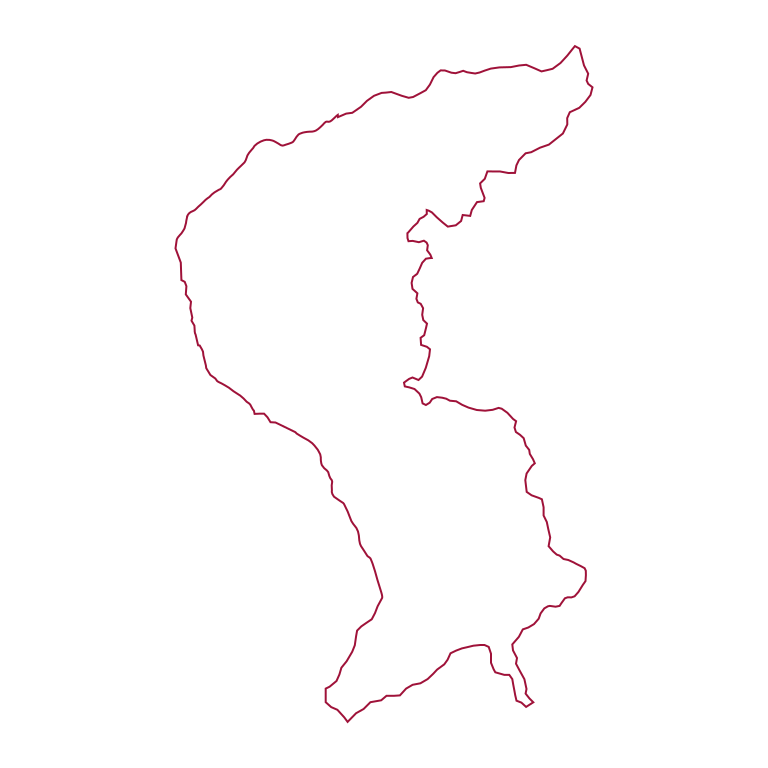 outline of Laukkaing, Shan, Myanmar
{"feature_id": "60261553B25476839208576", "entity_name": "Laukkaing", "entity_type": "district", "adm_level": 2, "iso_a3": "MMR", "parent_name": "Myanmar", "parent_adm1": "Shan", "projection": "robinson", "projection_center": [98.649, 23.808], "detail": "fine", "context": "isolated", "style": "outline", "palette": "rose", "viewbox_px": 768, "rotation_deg": 0, "n_neighbors": 0, "source": "geoboundaries", "source_scale": "gbopen_adm2", "svg_char_len": 5808}
<svg xmlns="http://www.w3.org/2000/svg" viewBox="0 0 768 768"><path d="M332.4,494.1L334.0,496.7L340.0,500.9L343.2,503.0L343.7,503.6L344.0,504.0L347.7,511.6L349.2,515.5L351.4,521.1L353.2,523.9L356.4,528.0L358.0,531.5L358.8,535.2L358.9,535.9L359.3,540.4L360.0,543.8L361.0,546.1L364.3,551.1L366.7,554.9L367.5,556.1L368.3,556.7L369.5,557.5L370.5,558.5L371.8,561.6L372.6,563.7L375.0,571.2L377.4,579.8L380.2,588.8L381.3,592.4L381.9,594.6L382.2,596.3L382.2,597.8L377.6,606.3L375.0,613.1L371.8,619.2L366.2,623.0L361.3,626.4L357.1,630.6L356.1,636.2L354.8,645.3L352.2,651.8L346.6,661.3L341.4,667.7L339.4,674.5L336.5,681.0L329.6,686.7L325.7,688.6L325.7,696.9L325.7,702.2L331.2,707.1L337.4,709.8L344.3,717.4L347.6,721.9L356.1,713.2L363.6,709.0L370.4,702.2L381.2,700.3L386.5,695.8L394.0,695.8L399.9,695.4L406.1,688.6L412.6,684.8L420.4,683.3L427.6,679.1L433.2,673.8L437.1,669.6L444.3,664.3L447.6,659.7L450.5,653.3L456.1,650.6L461.9,648.4L467.1,647.2L473.4,645.7L480.2,645.0L484.5,645.0L488.7,646.9L491.0,653.7L491.0,662.8L493.6,669.2L495.3,672.3L504.4,674.9L509.3,674.9L512.3,679.1L513.2,684.4L514.5,691.2L515.2,695.1L516.5,700.7L521.4,702.6L526.1,706.9L533.3,702.3L529.4,698.4L525.6,693.6L526.5,689.0L524.4,679.2L519.6,670.5L516.0,663.7L517.0,658.0L513.0,650.4L512.3,644.4L518.9,636.8L522.8,629.4L528.3,627.5L534.0,624.1L538.7,618.7L540.6,613.4L544.3,608.4L547.9,606.3L549.8,605.9L555.6,606.7L559.6,605.9L561.3,603.3L564.9,598.3L567.7,597.3L571.4,597.4L574.6,596.3L578.4,592.0L582.9,584.8L585.5,581.1L585.9,575.1L585.8,570.7L584.6,568.2L580.8,566.1L576.1,563.8L573.6,562.4L568.3,560.0L563.5,559.0L559.6,555.6L556.7,554.6L553.1,551.4L548.6,546.2L550.2,537.4L548.3,529.2L546.8,522.0L543.6,515.5L543.6,507.3L541.9,499.3L538.8,497.9L531.6,495.3L526.7,491.9L525.3,480.1L526.6,473.5L531.8,465.9L534.8,463.3L533.0,459.2L529.8,453.9L529.2,449.9L525.8,445.6L523.7,438.2L520.0,434.8L515.9,432.0L514.5,427.5L516.1,421.2L513.0,418.9L507.4,412.8L501.7,408.7L498.6,407.9L492.7,409.8L485.2,410.7L476.8,410.0L468.5,407.6L462.1,404.8L456.2,401.3L449.9,400.7L446.2,398.7L442.1,397.7L436.9,397.1L432.2,399.0L429.7,402.7L425.9,405.0L422.6,403.4L421.2,397.2L419.4,393.6L414.5,389.0L409.3,387.4L404.8,386.4L404.0,382.6L409.1,378.9L412.5,377.5L418.5,380.0L422.1,376.6L425.8,367.8L429.2,356.2L430.0,349.3L426.9,346.8L421.1,344.9L420.6,337.8L424.2,335.2L426.0,328.0L427.0,323.6L423.3,320.1L422.2,314.8L423.1,308.2L420.7,303.8L417.8,302.4L416.4,298.8L417.4,293.3L412.5,288.9L411.6,282.9L413.0,277.0L417.2,273.8L419.8,268.3L422.2,262.8L425.9,258.7L429.8,258.1L431.7,258.0L430.3,254.6L427.1,250.3L427.8,245.2L426.6,242.6L423.9,240.7L418.9,242.2L412.7,240.9L408.5,241.2L407.5,238.1L407.4,233.2L408.1,232.6L411.5,228.7L413.4,226.5L417.4,222.9L419.6,218.9L423.6,216.8L426.8,214.0L426.7,210.0L428.8,210.7L431.9,212.4L436.8,217.3L442.7,222.5L447.8,226.6L455.8,225.3L461.1,221.0L462.7,215.0L470.2,215.9L471.8,210.0L477.0,202.1L483.7,201.2L484.6,197.9L480.8,187.8L480.1,183.4L484.8,178.8L487.4,171.4L500.2,171.5L508.3,173.0L515.0,172.9L516.4,165.4L519.0,160.0L525.6,153.3L531.2,152.2L540.0,147.7L548.9,144.6L562.9,133.5L567.1,124.9L567.3,124.3L567.2,118.1L569.8,112.2L579.3,107.8L585.3,101.9L590.5,95.0L592.5,87.3L588.2,83.9L586.6,80.5L588.2,73.7L584.0,65.4L579.6,48.6L574.9,46.1L571.9,49.8L567.3,55.6L560.5,63.0L552.6,68.8L546.8,70.2L541.5,71.4L534.5,68.3L526.2,64.8L519.1,65.5L510.9,67.1L499.4,67.4L490.8,68.6L484.7,70.6L479.6,72.5L475.2,73.5L471.1,72.9L466.9,72.2L463.2,70.8L459.6,72.0L455.6,73.2L451.4,72.7L445.0,70.5L440.6,70.4L437.4,72.8L433.6,77.1L429.9,84.6L425.8,90.2L420.7,93.0L413.1,97.0L408.7,97.8L401.8,95.8L391.3,92.0L385.9,92.6L381.6,92.9L374.0,95.8L367.0,100.8L361.0,106.8L352.3,112.8L346.2,113.6L338.0,117.1L337.8,114.9L336.6,115.8L334.2,118.1L331.7,120.4L330.2,121.4L328.8,121.8L326.8,121.6L325.7,121.9L324.1,123.3L322.9,124.7L320.3,127.2L318.1,129.1L315.8,130.6L314.2,131.2L312.3,131.6L309.8,131.7L309.3,131.7L306.9,131.9L304.4,132.3L302.6,132.7L299.9,133.7L298.6,134.4L296.6,136.7L294.6,139.8L293.2,141.7L291.8,142.6L288.6,143.8L286.0,144.6L283.7,145.4L282.4,145.6L280.7,145.1L278.4,143.6L275.6,142.0L273.5,140.9L271.9,140.4L269.5,139.9L266.4,139.8L263.9,140.3L260.6,141.6L258.7,142.7L257.3,143.5L254.5,145.9L253.1,148.1L251.6,149.8L249.1,152.8L247.4,155.5L246.8,157.3L245.7,160.3L244.5,162.4L240.6,166.2L238.8,167.9L237.0,169.7L233.2,174.3L230.4,176.8L228.3,179.0L227.5,179.9L226.0,181.8L223.8,185.2L221.7,187.8L220.6,189.0L218.8,189.8L215.1,192.0L214.2,192.6L211.8,194.5L210.0,196.4L209.8,196.5L209.7,196.7L209.4,197.0L207.5,198.3L205.5,199.9L203.4,202.0L200.9,204.4L198.3,206.7L196.1,208.9L194.6,210.2L192.6,211.2L191.0,211.9L189.3,213.1L188.1,214.5L187.2,216.2L187.3,216.3L187.2,216.5L186.3,220.8L186.0,223.0L184.5,228.5L183.2,230.7L181.4,233.4L180.0,234.9L178.9,236.2L177.8,237.5L176.8,239.4L176.5,241.3L175.5,248.4L180.8,262.6L181.4,280.1L184.7,281.8L185.1,282.8L186.4,286.2L185.8,294.4L191.0,301.7L190.3,308.1L192.3,317.6L191.5,320.7L194.4,325.6L194.5,327.2L194.7,330.4L194.7,331.3L195.0,333.2L195.3,333.9L195.6,334.6L198.1,345.3L199.7,345.5L199.8,345.6L200.1,346.2L201.9,349.3L203.0,351.7L203.4,355.4L205.9,365.5L206.2,368.0L207.1,369.6L207.3,369.9L210.4,375.0L215.3,378.5L217.2,381.1L218.6,382.0L221.5,383.4L224.9,385.3L229.2,387.9L229.4,388.1L233.6,391.3L239.6,395.2L240.0,395.4L243.6,398.5L246.6,401.7L247.6,402.4L249.2,403.5L250.3,404.7L251.6,407.2L253.0,409.7L253.9,410.6L254.6,413.9L259.2,413.7L264.1,413.7L267.5,417.3L270.5,422.2L275.5,422.5L295.4,432.2L296.6,433.5L300.1,435.7L303.5,437.7L307.7,440.0L308.4,440.4L312.2,443.2L314.4,445.5L317.8,449.8L320.2,454.3L320.8,457.3L320.8,459.1L320.9,460.8L321.3,463.4L321.9,465.2L324.2,468.2L326.8,470.4L328.2,472.1L329.3,475.9L330.3,478.2L331.8,480.2L332.2,481.8L331.7,485.3L331.9,490.2L331.8,491.8L331.8,492.0L332.4,494.1Z" fill="none" stroke="#9f1239" stroke-width="2"/></svg>